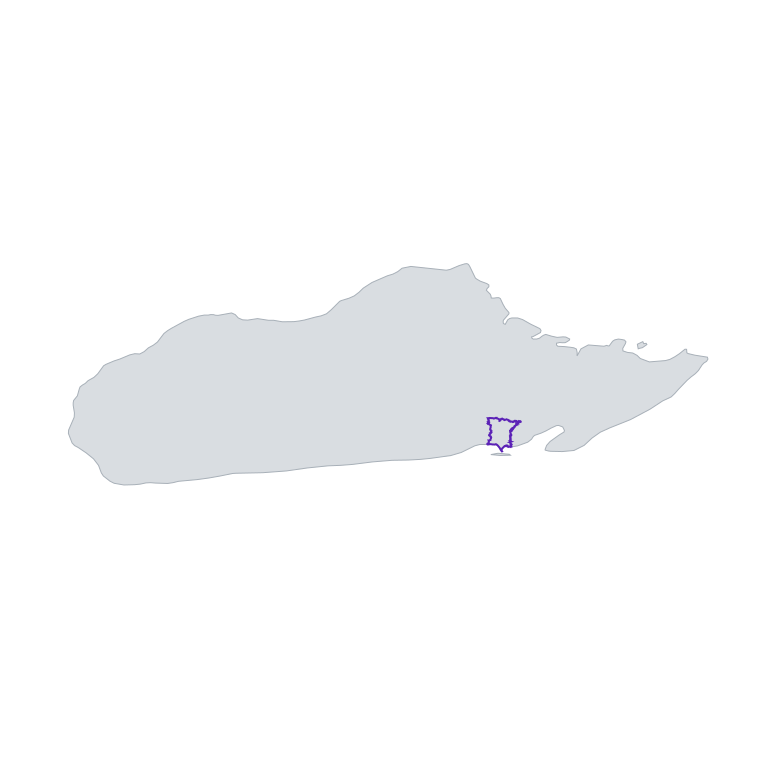 Soanierana Ivongo, Analanjirofo, Madagascar shown in context, rotated 71°
{"feature_id": "10022922B56427545477040", "entity_name": "Soanierana Ivongo", "entity_type": "district", "adm_level": 2, "iso_a3": "MDG", "parent_name": "Madagascar", "parent_adm1": "Analanjirofo", "projection": "equal_earth", "projection_center": [49.223, -16.67], "detail": "fine", "context": "in_parent", "style": "outline", "palette": "violet", "viewbox_px": 768, "rotation_deg": 71, "n_neighbors": 0, "source": "geoboundaries", "source_scale": "gbopen_adm2", "svg_char_len": 8469}
<svg xmlns="http://www.w3.org/2000/svg" viewBox="0 0 768 768"><g transform="rotate(71 384 384)"><path d="M475.6,86.3L477.2,91.2L479.1,96.0L485.0,107.5L487.5,111.9L489.7,116.6L490.7,126.0L494.4,140.6L497.9,162.5L499.0,184.9L500.0,195.2L502.8,204.8L507.2,214.8L508.7,226.0L505.9,237.5L501.9,248.3L500.9,250.3L499.0,253.1L498.2,252.9L495.0,250.2L492.4,245.6L489.2,234.8L488.0,229.4L486.6,228.5L482.8,229.0L480.0,232.4L479.5,234.5L480.1,240.6L481.1,246.1L481.6,251.6L481.6,258.5L482.7,260.6L484.2,262.4L485.8,267.0L486.0,277.8L485.1,283.3L482.4,288.0L482.5,290.6L483.5,293.3L482.6,294.9L479.0,296.9L477.5,298.7L475.6,303.5L472.4,313.2L472.0,318.2L473.9,333.3L473.4,344.1L469.4,364.5L467.1,374.2L463.8,385.8L458.8,401.1L453.9,420.3L449.8,439.9L446.7,451.8L443.2,463.4L438.4,483.9L434.4,504.7L428.4,527.5L420.2,553.0L419.3,556.3L417.6,569.2L415.8,580.5L413.6,591.6L409.1,610.0L408.6,615.6L407.6,621.0L403.2,632.5L401.3,636.8L400.0,641.3L399.3,647.1L398.0,652.6L394.8,662.8L390.0,671.5L386.7,674.7L379.6,679.3L376.0,680.2L368.0,680.4L360.2,683.0L352.2,688.0L344.5,693.8L341.5,696.6L338.2,698.1L328.0,698.5L324.9,697.2L314.5,687.7L310.5,686.1L302.9,684.8L300.6,684.0L298.5,682.8L295.4,677.8L289.3,673.6L287.8,672.3L286.8,669.4L286.2,666.3L284.5,662.7L283.3,656.1L281.2,651.4L275.5,643.2L274.9,640.5L274.3,631.8L274.4,625.8L273.7,614.9L274.2,609.8L276.1,605.2L275.3,600.2L273.1,595.0L272.2,589.5L270.6,584.6L264.6,575.6L263.1,571.2L262.1,566.7L259.7,552.5L259.3,547.5L259.5,537.1L260.3,531.7L261.6,527.9L262.0,525.1L262.9,522.7L264.2,520.8L265.1,518.5L267.2,505.0L269.9,502.1L274.1,500.3L277.3,496.8L279.2,492.1L281.0,482.3L286.1,472.6L287.9,467.5L292.1,459.8L295.7,448.9L296.8,443.7L297.6,438.5L298.4,427.0L299.1,421.2L298.9,415.5L296.6,409.7L291.4,399.0L291.2,397.1L291.5,389.2L291.0,383.4L289.1,377.7L286.6,372.4L284.1,362.3L282.8,345.7L283.0,339.7L282.2,334.3L280.4,329.2L281.6,320.3L296.7,288.0L297.2,284.2L296.5,274.3L296.7,268.5L297.2,266.4L298.4,265.2L301.1,264.6L313.6,263.1L315.1,262.1L318.2,259.4L322.5,254.1L324.5,252.6L326.2,253.2L327.3,255.4L328.7,256.7L333.7,254.3L335.6,254.2L337.6,254.6L338.5,252.4L339.1,249.4L339.8,247.3L341.1,246.2L347.6,245.5L351.8,244.7L357.1,242.6L358.3,243.0L362.6,250.4L364.0,251.1L365.6,251.4L367.1,250.0L363.6,246.1L363.0,243.9L363.2,241.5L365.1,236.1L368.2,232.0L375.2,225.8L382.4,218.6L384.5,218.1L386.3,219.3L387.7,227.7L387.5,229.1L388.7,229.3L390.1,228.3L391.2,224.9L391.3,222.0L390.3,219.3L389.8,217.0L389.8,214.9L393.4,209.9L396.3,205.1L397.7,199.4L398.8,196.8L401.9,193.8L402.8,194.3L403.5,196.7L403.9,199.2L403.1,201.8L402.0,204.3L401.6,207.6L403.3,208.2L404.9,207.4L407.3,201.4L410.0,195.7L411.6,192.7L413.6,190.7L417.0,191.1L420.3,192.3L414.9,186.3L413.6,178.1L419.9,163.7L420.0,160.8L420.9,159.8L421.3,158.7L418.0,153.9L417.4,151.5L417.8,147.8L419.4,144.6L420.8,142.3L422.9,141.5L424.5,142.7L428.1,146.7L430.5,147.3L433.4,143.5L435.7,138.7L439.3,135.4L443.3,133.4L449.5,125.9L453.5,110.2L453.8,105.6L452.9,100.0L451.5,94.7L449.1,88.1L449.7,86.6L453.1,87.5L454.2,86.6L457.9,80.8L463.9,69.5L465.9,69.6L467.6,71.6L468.3,74.7L469.5,77.0L473.6,82.3L475.6,86.3ZM433.5,130.5L433.5,132.2L428.9,131.5L428.2,125.5L430.4,125.3L430.9,122.9L432.3,122.6L433.8,127.9L433.5,130.5ZM489.4,297.4L485.5,306.0L486.6,298.8L491.2,288.4L492.5,287.6L489.4,297.4Z" fill="#d9dde1" stroke="#a8b0b8" stroke-width="1"/><path d="M464.1,267.0L463.6,267.8L463.3,267.7L463.2,268.1L463.2,268.3L462.9,268.6L463.0,268.8L463.2,269.0L463.2,269.3L463.4,270.1L463.3,270.6L463.2,270.6L463.0,270.4L462.6,270.5L462.5,270.8L462.4,270.7L462.2,270.8L462.2,271.0L461.8,271.3L461.9,271.5L461.7,272.2L461.7,272.3L461.5,272.5L461.8,272.8L461.6,273.3L461.5,273.5L461.5,273.8L462.0,274.1L461.9,274.7L461.5,275.0L461.4,275.0L461.2,275.4L461.0,275.6L460.9,276.5L460.8,276.9L460.3,277.3L460.3,277.2L460.1,277.5L459.9,277.4L459.6,277.6L459.4,277.4L459.0,277.9L458.7,278.0L458.5,278.4L458.2,278.5L458.0,278.8L457.6,279.4L457.3,279.6L457.3,280.8L457.4,281.6L457.3,282.0L457.1,282.1L456.9,282.0L456.4,282.2L456.2,282.4L456.0,283.0L455.7,283.3L455.3,283.5L455.4,283.8L455.3,284.0L455.3,284.4L455.2,284.4L455.1,284.5L455.2,284.8L455.3,284.8L455.5,285.0L455.6,285.5L455.8,285.6L455.8,285.8L455.9,286.0L456.2,285.9L456.3,285.9L456.4,286.4L456.2,286.4L456.2,286.6L455.8,286.4L455.8,286.2L455.7,286.2L455.3,286.4L455.0,286.8L454.9,286.8L454.8,286.6L454.5,287.1L454.3,287.2L454.1,287.4L453.7,287.8L453.4,288.0L453.3,288.4L453.2,288.6L452.8,288.6L452.7,288.6L452.7,289.1L452.4,289.4L452.5,289.9L452.4,290.1L452.5,290.4L452.5,291.0L452.3,291.7L452.2,291.8L451.8,292.0L451.7,292.2L451.6,292.5L451.4,293.2L451.1,293.7L451.1,293.9L450.8,294.5L450.6,294.9L450.6,295.1L450.5,295.3L450.5,295.5L450.3,296.3L450.6,296.1L450.8,296.1L450.8,296.4L450.5,296.8L450.7,297.1L450.9,297.0L451.2,297.0L451.4,296.8L451.5,296.9L452.1,296.9L452.3,296.8L452.6,296.8L452.7,297.1L453.1,297.3L453.1,297.5L453.4,297.6L453.6,297.3L453.8,297.6L453.8,297.9L454.0,297.8L454.0,298.1L454.3,298.2L454.5,298.1L454.6,297.9L454.7,298.1L454.8,298.0L454.9,298.4L455.0,298.3L455.2,298.6L455.3,298.8L455.6,298.7L455.6,298.3L455.8,298.0L455.8,297.7L456.0,297.7L456.4,297.5L456.5,297.6L456.8,297.5L456.9,297.3L457.4,296.8L457.6,296.5L457.9,296.3L458.2,296.5L458.3,296.7L458.8,296.9L458.9,297.0L460.0,297.4L460.5,297.9L461.7,298.5L461.9,298.4L462.0,298.2L462.3,298.0L462.8,298.1L463.3,297.9L463.6,298.1L463.7,297.9L463.9,298.1L464.0,298.4L464.1,298.5L464.3,298.4L464.5,298.5L464.7,298.4L464.8,298.8L464.9,299.1L465.0,299.1L465.0,299.3L465.2,299.2L465.3,299.5L465.6,299.6L465.7,299.9L465.8,300.2L466.1,300.4L466.3,300.5L466.2,301.0L466.6,301.3L466.9,301.1L467.0,301.2L467.3,301.1L467.5,300.8L467.8,300.7L468.1,300.4L468.2,300.6L468.4,300.6L468.9,300.2L469.0,300.2L469.3,300.1L469.5,300.1L469.6,300.3L470.3,300.6L471.0,301.4L471.6,301.6L471.6,302.0L471.5,302.7L471.7,303.1L471.5,303.5L472.0,303.5L472.3,303.6L472.5,303.5L472.9,303.7L473.0,303.9L473.5,304.0L474.1,304.3L474.0,304.7L474.0,305.0L474.3,305.0L474.3,305.8L474.7,305.9L475.0,305.6L475.1,305.3L475.0,305.0L475.3,304.2L475.3,303.4L475.7,302.7L475.8,302.3L476.1,301.9L476.2,301.5L476.5,301.1L476.8,300.3L477.0,299.7L477.2,299.3L477.3,299.0L477.3,298.6L477.3,297.9L477.4,297.7L477.6,297.5L478.2,297.0L478.9,296.6L480.1,296.1L481.9,295.5L484.6,295.0L486.1,294.5L486.1,294.3L485.7,294.4L485.2,294.4L484.7,294.3L484.4,294.2L484.2,294.1L483.1,292.7L483.0,292.3L482.3,291.0L482.0,290.3L482.2,289.9L482.0,289.7L482.1,289.3L481.9,289.1L481.9,288.6L482.0,288.0L482.1,287.8L482.4,287.7L482.5,287.4L482.9,287.4L483.1,287.6L483.0,287.8L482.8,287.9L482.8,288.0L483.2,287.8L483.4,287.7L483.6,287.4L483.4,287.4L483.4,287.2L483.7,286.9L483.7,286.3L483.8,286.1L484.1,285.9L484.3,285.2L484.7,284.8L484.6,284.7L484.7,284.3L484.7,283.9L484.3,283.9L483.3,283.6L483.1,283.8L483.0,284.1L482.9,284.1L482.8,283.9L482.7,283.4L482.6,283.2L482.3,283.5L482.1,283.8L481.7,283.9L481.5,283.5L481.2,283.6L480.7,283.6L480.4,283.4L480.2,283.7L480.2,283.4L479.9,283.1L479.9,282.8L479.7,283.1L479.6,282.9L479.4,283.1L479.3,282.8L479.1,282.8L479.0,283.0L478.9,283.1L478.9,282.6L478.7,282.5L478.2,282.7L478.1,282.8L477.4,282.8L477.3,282.7L477.2,282.3L476.9,282.5L476.6,282.3L476.4,282.3L476.4,282.1L476.2,281.9L475.8,282.1L475.6,282.1L475.3,281.8L475.1,281.9L474.8,281.9L474.8,281.6L474.4,281.1L474.2,281.2L474.2,280.8L474.0,280.6L474.0,280.4L473.9,280.3L473.4,280.3L473.6,280.7L473.3,280.9L473.1,280.4L472.7,280.6L472.3,280.5L471.7,280.2L471.4,280.4L470.8,280.4L469.5,280.1L469.7,279.8L469.9,279.5L469.9,279.3L469.9,278.8L470.0,278.6L469.9,278.5L469.7,278.5L469.1,278.8L468.8,279.0L468.7,279.0L468.5,278.9L468.5,278.5L468.7,278.3L469.0,278.0L469.1,277.8L469.1,277.6L468.9,277.0L468.8,276.9L468.7,277.0L468.6,276.8L468.5,276.6L468.2,276.5L468.2,276.8L468.0,276.7L467.9,276.8L467.9,276.7L467.7,276.3L467.4,276.4L467.4,275.8L467.4,275.6L467.5,275.5L467.6,275.4L467.4,275.2L467.1,275.0L467.1,274.8L466.9,274.7L466.8,274.8L466.9,274.5L466.7,274.4L466.8,274.3L466.8,274.2L466.7,274.2L466.6,274.3L466.3,273.7L466.2,273.6L466.2,273.4L466.4,273.3L466.2,273.3L466.1,273.2L466.0,273.3L465.9,273.1L466.0,272.6L465.6,272.5L465.4,272.2L465.5,272.1L465.6,271.9L465.5,272.0L465.3,271.8L465.2,271.8L465.2,271.6L465.0,271.8L464.9,271.8L465.4,271.2L465.2,271.0L465.4,270.9L465.2,270.8L465.2,270.6L464.8,270.3L464.8,270.1L464.9,269.9L464.6,269.9L464.6,269.7L464.4,269.6L464.1,269.3L464.0,269.1L463.9,268.8L463.7,268.4L463.9,268.1L464.2,267.8L464.3,267.7L464.3,267.1L464.1,267.0Z" fill="none" stroke="#5b21b6" stroke-width="2"/></g></svg>